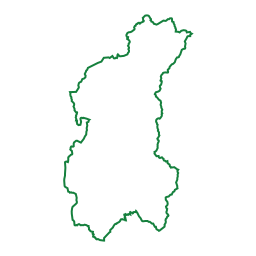 Dak Ha, Kon Tum, Vietnam
{"feature_id": "81297802B44208556699353", "entity_name": "Dak Ha", "entity_type": "district", "adm_level": 2, "iso_a3": "VNM", "parent_name": "Vietnam", "parent_adm1": "Kon Tum", "projection": "robinson", "projection_center": [108.001, 14.613], "detail": "fine", "context": "isolated", "style": "outline", "palette": "green", "viewbox_px": 256, "rotation_deg": 0, "n_neighbors": 0, "source": "geoboundaries", "source_scale": "gbopen_adm2", "svg_char_len": 5782}
<svg xmlns="http://www.w3.org/2000/svg" viewBox="0 0 256 256"><path d="M191.8,33.7L190.5,33.0L190.0,31.9L186.8,32.4L186.3,30.8L185.2,30.4L183.5,30.2L181.3,30.8L179.6,32.4L178.3,31.8L175.7,31.6L176.0,29.2L175.4,28.4L175.4,27.4L174.6,26.2L174.5,24.7L173.7,23.6L173.6,22.1L172.1,21.5L172.0,18.9L171.6,18.3L170.0,18.3L169.0,19.2L167.8,19.2L166.3,20.6L165.6,20.9L163.4,20.6L157.7,24.1L156.4,24.6L154.7,23.9L154.2,24.0L153.6,23.4L153.4,22.9L152.6,21.9L151.4,21.6L151.1,20.7L150.5,20.2L151.0,19.4L151.0,19.1L150.4,18.5L148.9,16.0L148.0,15.5L146.6,15.4L145.2,15.6L142.8,17.9L143.1,18.7L143.1,20.1L143.8,20.9L143.5,21.5L140.5,22.9L139.9,23.6L139.2,22.8L138.6,22.8L137.6,23.3L137.4,23.9L136.4,24.1L135.9,24.8L135.6,25.8L134.8,26.0L134.1,27.4L134.6,28.7L134.4,29.5L131.5,31.7L130.0,32.2L129.0,32.2L127.5,32.9L126.5,34.7L126.4,35.5L126.8,36.7L127.1,37.0L128.1,37.1L128.0,38.0L127.2,38.5L127.2,39.1L128.3,39.6L129.3,40.6L129.8,41.9L129.4,42.8L128.7,43.5L128.7,44.7L128.0,45.8L129.0,47.4L129.0,48.1L128.4,49.1L129.0,50.5L129.0,51.2L128.7,52.2L128.1,52.7L127.4,54.4L123.8,55.9L120.1,56.3L119.5,56.1L117.9,54.4L117.4,55.1L117.4,57.0L117.0,58.0L116.0,57.7L115.5,58.2L114.6,58.4L113.9,58.3L112.4,56.0L109.7,58.0L108.6,57.4L103.8,57.8L101.4,61.6L97.9,62.9L87.9,67.9L87.2,69.8L86.2,70.6L86.0,71.5L84.8,73.9L84.9,74.6L85.6,75.5L85.4,77.3L84.1,78.5L82.3,79.1L81.2,81.7L79.6,82.4L78.9,83.1L78.3,85.5L78.8,86.9L78.8,87.6L76.1,91.9L70.0,92.1L70.4,93.3L70.3,94.6L70.6,96.1L71.4,97.2L71.3,98.4L71.9,99.7L71.7,101.0L73.7,103.0L74.2,104.1L74.0,105.6L73.5,106.4L74.6,109.0L74.5,110.3L76.2,112.5L77.0,112.3L77.1,112.5L76.7,114.3L76.0,115.4L76.2,116.2L75.7,117.3L76.3,118.9L76.0,120.4L76.8,120.3L77.1,120.9L76.8,122.5L77.2,123.3L77.1,123.9L78.5,125.1L80.4,124.8L81.1,121.8L80.4,118.8L80.7,118.1L81.3,117.8L82.0,117.8L82.9,118.2L83.4,117.8L86.7,118.7L89.3,119.7L88.9,120.0L88.4,121.9L86.8,122.5L87.3,125.6L86.8,127.5L86.7,128.8L87.0,130.0L86.4,131.6L86.2,134.6L84.9,136.4L83.8,138.8L80.9,142.6L77.0,140.7L76.1,140.8L74.1,142.4L73.7,143.4L73.7,146.3L73.0,146.7L71.5,146.4L71.1,146.6L70.6,147.7L70.6,149.0L70.3,149.4L70.8,150.2L71.8,150.8L72.3,153.5L72.2,154.2L71.9,154.5L70.8,154.8L69.9,155.8L69.3,156.1L68.9,156.8L68.5,157.0L68.2,157.8L68.3,159.2L68.1,161.4L67.9,162.1L66.2,161.5L65.0,162.2L65.4,167.8L65.0,173.8L65.0,175.6L64.3,178.9L64.2,180.7L64.6,186.0L65.2,186.9L67.5,188.2L68.2,191.6L69.3,191.9L69.9,192.7L71.1,192.3L72.0,192.8L73.3,192.7L75.8,194.0L76.7,197.8L76.4,200.1L76.9,201.9L76.8,202.9L75.8,204.0L72.6,206.8L72.1,208.3L71.7,211.3L71.8,213.9L72.6,219.9L73.4,220.4L74.2,221.5L74.5,224.9L74.7,225.2L75.2,225.4L76.6,225.0L77.0,225.3L77.3,224.9L79.0,224.1L80.9,225.3L81.4,225.1L83.4,225.2L84.6,224.7L86.6,225.2L87.6,226.0L88.5,226.0L88.5,226.9L88.9,227.4L89.0,229.5L89.6,229.9L89.9,230.6L91.1,231.5L92.9,231.8L92.7,232.6L93.3,233.8L92.7,233.7L92.6,233.8L93.4,235.4L93.1,236.6L93.8,236.8L94.5,237.4L94.8,237.2L95.4,237.7L96.1,239.0L96.9,239.4L97.9,239.0L100.0,240.1L103.8,240.6L104.1,240.6L104.1,238.0L109.5,232.3L110.3,231.9L110.2,230.1L113.0,227.4L113.3,226.5L114.7,224.4L115.5,223.9L116.4,223.9L116.7,223.3L119.0,222.1L120.1,221.0L120.5,220.0L121.0,219.3L121.7,219.3L122.1,219.1L123.2,219.6L124.7,219.6L125.2,220.3L125.9,220.4L125.7,219.4L124.9,218.6L125.4,218.0L124.6,217.1L125.1,216.1L125.1,215.7L124.2,214.9L124.3,214.5L124.6,214.4L125.4,214.8L125.7,214.2L126.7,214.9L127.3,214.5L127.7,214.8L128.3,214.8L128.6,214.1L129.3,214.0L130.3,214.5L130.1,213.4L130.3,212.8L129.7,211.4L130.9,212.8L131.9,212.6L132.7,213.4L133.1,213.1L133.4,212.3L133.9,212.0L135.6,212.1L136.0,211.0L136.5,211.5L136.8,212.4L137.3,212.8L139.0,216.3L140.6,218.2L141.9,220.8L142.9,221.3L145.4,221.0L147.6,221.0L148.6,221.8L149.8,221.8L152.0,223.6L153.2,223.6L154.8,226.8L155.9,226.8L156.3,228.9L157.1,229.6L158.5,230.3L158.9,230.8L159.5,230.6L164.5,226.7L164.7,225.7L164.5,224.8L165.7,222.7L165.8,221.3L165.5,220.3L165.8,219.0L166.5,218.4L167.3,216.5L168.1,216.2L168.4,215.7L168.4,215.3L167.8,214.3L166.7,213.3L166.4,212.3L166.4,211.8L166.9,210.7L166.9,209.8L167.2,208.9L166.3,207.9L166.0,206.5L167.3,205.2L167.7,203.9L167.4,201.9L165.8,199.8L165.7,197.5L166.4,197.0L168.7,196.5L170.4,194.7L171.7,194.6L172.9,192.1L174.3,191.4L174.9,189.8L177.5,188.4L177.2,187.1L177.3,186.1L176.1,182.5L177.3,179.6L177.3,178.0L177.8,176.3L177.6,174.6L178.2,173.0L177.7,172.3L177.4,170.9L178.2,169.7L177.3,169.4L174.3,167.2L170.9,167.6L170.7,166.8L169.9,166.4L169.6,164.6L167.7,163.3L167.4,161.1L166.0,161.6L165.2,160.8L164.0,160.5L163.4,159.4L163.5,158.7L162.6,158.2L161.9,157.3L159.9,158.0L158.9,157.4L158.6,156.0L156.5,156.2L154.5,153.6L154.7,153.1L154.5,151.9L155.6,151.4L156.4,150.6L157.7,147.9L157.5,146.8L157.7,145.9L157.5,144.8L158.0,142.9L158.7,141.6L158.7,140.5L157.7,139.7L157.4,138.5L157.9,138.1L159.4,135.4L158.9,134.6L159.0,132.4L157.9,130.8L158.2,129.8L157.5,128.2L157.3,126.7L157.6,124.6L157.0,124.1L156.7,122.6L156.1,121.8L156.2,120.1L156.8,119.2L158.1,118.4L158.9,118.3L159.6,118.7L160.1,118.4L161.7,116.1L161.9,114.9L161.6,114.2L162.3,113.3L161.8,112.7L161.7,111.0L162.3,109.8L161.3,107.6L161.3,106.6L160.6,104.8L161.1,102.7L160.5,100.7L158.9,99.7L157.0,97.3L155.9,96.6L155.9,95.5L155.4,94.5L154.8,94.3L154.8,94.1L155.8,92.3L158.4,91.5L159.6,90.7L160.5,88.9L160.6,88.5L160.1,87.8L159.8,86.2L160.0,85.6L161.1,84.7L161.8,81.8L161.6,81.0L160.7,80.9L160.5,80.7L161.3,78.2L160.8,76.5L161.5,75.0L162.5,74.0L163.0,73.0L163.6,72.7L165.3,72.4L167.4,72.6L168.0,72.4L168.1,71.6L167.8,70.8L167.8,69.7L169.4,68.3L169.6,67.0L170.6,65.7L171.9,64.3L173.2,63.8L174.8,62.2L175.8,59.2L177.1,57.4L178.4,57.3L178.9,57.0L179.4,55.6L180.2,54.6L181.8,49.8L183.6,48.8L184.6,48.8L185.1,48.5L185.3,47.7L185.0,46.5L185.6,43.5L184.8,41.4L186.6,38.3L187.4,36.5L188.2,36.1L190.2,36.1L190.2,34.9L191.8,33.7Z" fill="none" stroke="#15803d" stroke-width="2"/></svg>